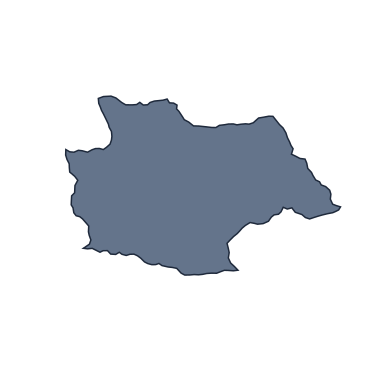 Ubirajara, São Paulo, Brazil, rotated 305°
{"feature_id": "56859067B67635405812564", "entity_name": "Ubirajara", "entity_type": "district", "adm_level": 2, "iso_a3": "BRA", "parent_name": "Brazil", "parent_adm1": "São Paulo", "projection": "orthographic", "projection_center": [-49.665, -22.551], "detail": "fine", "context": "isolated", "style": "filled", "palette": "slate", "viewbox_px": 384, "rotation_deg": 305, "n_neighbors": 0, "source": "geoboundaries", "source_scale": "gbopen_adm2", "svg_char_len": 2372}
<svg xmlns="http://www.w3.org/2000/svg" viewBox="0 0 384 384"><g transform="rotate(305 192 192)"><path d="M83.6,135.3L85.5,139.0L88.6,142.6L89.4,147.9L89.9,151.2L92.9,152.8L95.5,156.4L94.5,161.0L97.1,165.3L100.9,167.0L100.8,170.3L102.3,174.5L105.4,176.9L107.8,180.1L108.5,183.9L108.4,187.8L107.5,193.2L108.0,196.8L109.4,200.7L111.7,203.9L114.5,205.9L114.5,209.6L116.9,215.5L118.9,219.1L120.7,223.3L119.3,229.6L119.8,233.7L122.8,237.8L125.6,241.1L127.9,244.8L130.6,247.9L133.7,250.8L136.7,254.5L139.6,258.8L142.5,260.7L146.4,263.4L148.5,266.6L151.2,271.1L154.3,274.5L155.3,269.5L156.0,264.4L158.8,259.6L163.7,257.2L166.7,254.0L170.1,250.1L174.2,250.7L179.4,251.6L183.9,252.9L187.3,253.4L191.1,253.8L195.2,254.9L200.3,257.1L202.1,261.1L203.2,264.1L206.9,268.4L211.9,271.4L217.0,271.4L220.4,272.4L223.4,275.6L226.7,276.3L231.8,275.5L232.7,279.8L236.3,282.9L234.6,288.2L236.6,295.0L236.1,299.5L237.4,303.8L241.2,306.6L244.7,309.3L247.9,311.9L251.9,315.4L255.8,319.2L258.4,320.8L261.4,322.4L265.0,322.2L263.6,317.9L262.7,314.2L265.5,309.4L269.9,307.0L272.4,303.8L273.1,298.4L271.9,293.8L273.5,290.6L272.8,286.4L274.9,281.6L276.6,278.6L277.7,273.3L281.4,269.5L283.8,265.7L281.4,261.2L280.8,256.4L280.0,251.8L285.4,250.0L286.9,246.4L289.1,243.0L291.2,239.1L294.3,235.0L296.7,229.8L297.4,225.0L298.8,220.3L300.4,214.9L298.2,211.5L294.4,207.8L290.8,204.1L287.0,203.2L283.9,202.5L280.3,199.8L278.6,196.8L275.6,193.2L272.8,190.3L271.5,186.9L268.7,183.0L265.7,180.0L262.3,176.2L258.5,174.6L256.1,171.0L252.9,165.1L249.9,159.7L247.0,155.3L247.4,149.2L246.8,144.2L248.1,141.2L250.6,134.9L251.2,131.7L254.6,129.9L254.3,126.0L252.1,122.4L253.9,118.3L250.6,115.6L244.9,109.0L241.3,106.3L238.0,105.6L235.3,102.2L235.5,97.8L231.9,96.5L229.1,93.1L225.4,87.7L225.0,83.2L225.4,75.7L224.1,70.7L219.4,64.7L214.9,61.6L211.1,64.8L209.0,68.2L207.0,71.0L205.1,74.8L202.6,79.3L199.7,84.5L197.5,87.0L195.4,91.3L191.6,94.5L188.4,96.2L184.2,97.4L179.5,96.3L175.9,95.0L174.6,91.3L172.3,88.1L169.3,85.9L164.7,83.6L162.8,78.4L161.0,75.0L156.9,72.5L154.8,68.8L154.4,64.3L149.8,67.3L147.0,70.9L144.7,75.2L141.4,77.7L138.2,80.4L137.6,86.8L136.1,91.7L130.2,92.4L124.0,96.3L119.8,95.6L115.8,98.1L112.2,100.4L110.8,103.6L107.2,107.1L106.1,110.7L107.4,114.2L107.2,117.7L106.1,122.2L104.9,126.9L100.0,130.0L97.6,132.6L94.7,136.7L90.4,137.9L83.6,135.3Z" fill="#64748b" stroke="#1e293b" stroke-width="1.5"/></g></svg>